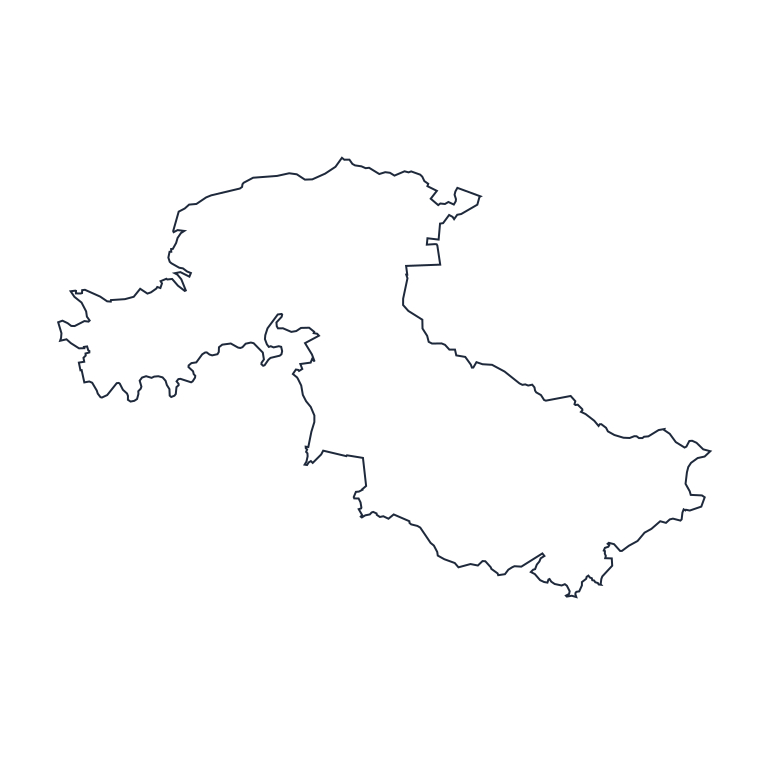 the district of Fantanele, Mures, Romania, rotated 355°
{"feature_id": "2599482B76650744260524", "entity_name": "Fantanele", "entity_type": "district", "adm_level": 2, "iso_a3": "ROU", "parent_name": "Romania", "parent_adm1": "Mures", "projection": "natural_earth1", "projection_center": [24.794, 46.398], "detail": "fine", "context": "isolated", "style": "outline", "palette": "slate", "viewbox_px": 768, "rotation_deg": 355, "n_neighbors": 0, "source": "geoboundaries", "source_scale": "gbopen_adm2", "svg_char_len": 6122}
<svg xmlns="http://www.w3.org/2000/svg" viewBox="0 0 768 768"><g transform="rotate(355 384 384)"><path d="M582.8,602.9L582.4,602.3L583.5,597.2L584.7,594.7L595.5,584.9L595.7,577.6L589.2,576.8L590.0,574.6L589.2,572.3L589.5,569.7L588.4,569.1L589.8,566.5L593.3,565.7L594.4,564.1L592.9,562.7L594.1,561.8L599.2,563.6L604.7,570.9L606.5,571.0L613.8,566.5L622.9,562.5L630.6,554.8L637.8,551.6L647.2,544.8L652.8,546.9L656.9,543.8L660.1,543.3L667.4,545.9L668.7,544.8L670.1,538.1L671.6,535.0L673.2,536.2L673.8,535.6L677.6,536.7L689.4,533.8L693.6,524.8L691.0,522.7L679.9,521.2L679.2,517.5L675.7,509.7L678.1,498.3L679.9,493.2L683.0,489.3L690.0,485.1L697.1,484.2L703.2,479.4L696.3,476.9L690.2,469.8L686.0,467.4L683.2,467.4L679.8,472.7L677.9,473.5L669.6,467.3L664.3,458.5L659.1,454.3L659.5,453.3L653.6,453.8L642.8,459.2L638.5,459.2L636.7,460.4L633.3,460.1L631.1,458.1L628.8,457.8L624.0,459.2L617.9,458.4L609.1,454.9L602.9,450.7L601.4,447.0L597.0,443.0L595.4,442.9L594.1,444.5L590.3,439.0L582.2,431.5L577.8,428.9L579.4,427.4L579.3,426.3L575.2,421.5L572.9,421.6L572.0,420.7L573.1,417.8L568.9,412.2L543.8,414.7L542.1,413.9L539.4,408.7L534.9,405.6L533.9,403.7L533.6,400.5L531.6,397.6L527.5,398.1L524.7,396.7L521.8,396.9L519.0,395.2L505.2,382.1L493.3,374.3L483.9,372.9L478.0,370.3L474.4,375.4L473.0,375.3L472.2,372.3L467.3,364.1L458.5,361.8L457.7,355.9L452.1,355.4L448.2,350.3L444.9,348.6L435.4,347.9L432.2,345.9L431.2,339.8L427.2,332.1L427.8,323.3L414.6,313.3L409.9,307.0L410.5,300.7L416.6,280.7L415.7,277.0L416.7,277.1L416.3,268.3L450.4,270.0L449.2,250.7L448.6,249.4L447.0,249.1L438.8,248.9L440.0,242.6L451.0,244.9L453.8,229.1L456.9,228.9L463.6,221.3L466.9,223.5L468.2,225.9L471.7,221.8L475.7,221.4L492.6,213.5L495.4,206.0L496.5,205.5L474.2,195.0L471.9,198.4L470.8,201.6L471.8,206.1L471.4,208.2L469.2,211.3L464.0,208.3L460.4,210.0L455.8,209.1L453.6,210.5L446.7,203.5L453.5,196.2L444.5,190.7L445.5,188.4L441.9,185.4L440.2,180.8L438.3,178.6L429.6,174.6L426.9,175.3L423.0,173.9L412.6,177.3L408.3,174.1L403.7,173.1L397.6,174.4L388.0,167.3L384.5,167.4L380.5,165.2L374.2,163.7L371.7,162.0L369.1,157.5L364.0,157.1L361.8,155.0L354.6,163.4L343.7,169.3L330.4,173.9L323.0,173.5L315.4,167.5L307.9,165.8L295.6,167.4L271.6,167.1L261.7,171.3L260.4,172.7L259.8,175.3L257.5,176.7L228.3,181.0L223.1,182.6L212.8,188.3L205.5,188.3L200.8,191.8L194.5,194.4L187.3,213.3L187.7,214.4L191.8,212.7L198.4,214.1L194.8,216.0L191.1,220.5L189.2,225.4L185.4,231.0L183.7,231.0L183.6,233.7L181.9,233.6L180.2,239.3L181.2,243.6L182.7,245.2L190.1,250.3L193.8,251.3L197.7,254.8L201.3,256.6L199.5,260.1L190.9,254.8L185.2,255.4L187.7,257.0L191.2,262.0L194.7,273.5L193.6,273.9L187.3,268.1L182.1,260.9L177.2,261.0L176.4,260.2L170.4,262.1L171.6,264.4L169.6,268.9L166.6,267.6L165.5,269.1L159.8,272.4L156.2,273.3L149.4,267.9L142.3,275.3L133.3,276.9L119.3,276.6L119.0,278.1L115.4,277.5L108.9,272.2L94.3,264.1L91.5,264.2L91.1,267.1L89.7,267.4L85.0,266.9L85.3,264.4L84.7,264.1L79.9,264.3L83.2,270.2L89.8,276.5L93.6,285.7L93.9,291.0L96.3,295.1L95.1,296.1L91.0,295.2L80.9,299.3L77.5,298.9L74.1,295.8L69.2,292.9L64.8,294.1L67.1,305.3L66.3,310.0L65.1,312.7L71.6,311.8L75.6,316.0L83.3,321.9L88.5,322.2L88.3,320.9L91.5,320.7L92.3,324.6L93.4,325.5L93.2,326.9L89.3,327.6L89.3,329.7L86.9,331.7L87.3,335.7L81.9,336.1L82.8,343.9L84.0,343.8L85.6,356.3L90.6,355.8L93.4,357.3L97.3,365.5L98.0,368.6L100.4,372.4L101.8,372.9L107.3,370.9L117.8,359.9L119.8,359.8L120.8,360.6L123.4,367.0L127.2,371.1L127.9,373.6L127.5,377.4L130.0,379.4L133.8,379.0L136.7,377.4L138.5,372.5L138.6,369.8L141.2,367.5L142.1,365.5L140.9,359.4L143.5,356.5L147.7,355.5L153.0,357.6L155.7,356.6L159.9,356.6L164.0,358.1L166.7,361.8L167.6,366.1L169.8,370.4L169.5,376.9L170.9,378.4L174.2,377.4L175.7,375.8L177.0,369.0L179.3,367.3L179.4,366.0L177.6,363.3L179.6,361.2L181.6,361.1L192.0,365.5L193.6,364.7L196.3,361.2L196.7,359.4L195.3,357.6L194.9,354.7L190.7,350.1L191.0,348.5L194.0,346.4L198.9,346.1L205.5,338.6L208.6,337.0L210.2,337.1L212.7,339.4L215.3,340.5L220.7,339.8L222.2,337.7L222.8,333.0L226.3,330.7L234.9,330.3L241.8,335.0L244.0,335.6L246.2,335.0L249.7,331.8L255.0,331.1L257.7,332.0L266.0,342.1L266.5,349.1L263.9,352.1L263.6,353.6L265.2,355.3L266.7,354.9L270.9,349.8L273.2,348.1L282.6,346.7L284.4,345.5L285.4,342.4L284.8,338.0L282.5,337.2L277.2,337.9L274.5,336.5L272.5,337.0L270.8,334.3L269.3,328.9L270.0,325.0L272.8,318.4L284.2,305.5L288.1,305.3L288.6,306.0L287.9,308.1L282.2,313.3L282.2,317.1L283.2,319.3L288.2,319.7L296.2,324.0L301.2,323.6L306.2,320.9L314.3,321.4L319.0,325.9L318.4,327.2L321.8,328.1L323.4,330.2L308.9,336.4L314.8,348.3L316.8,355.5L314.5,352.9L312.8,356.3L302.4,356.8L303.9,361.9L300.5,363.6L299.8,362.5L297.5,361.9L294.1,366.1L298.0,369.9L298.8,371.6L301.4,378.3L302.2,387.8L304.9,394.4L309.0,400.4L311.9,409.3L311.3,415.8L307.5,425.2L303.1,440.2L300.5,439.6L300.5,441.2L301.7,442.5L300.5,444.8L301.7,446.4L301.6,449.4L300.0,454.5L297.9,457.4L300.3,458.0L302.1,455.6L304.4,454.4L306.1,456.4L315.3,448.7L317.6,445.1L340.2,452.6L340.9,451.8L356.6,455.8L357.3,484.0L353.1,487.0L353.3,487.5L349.6,489.0L346.6,489.0L344.0,494.0L344.4,495.4L348.7,495.8L350.3,499.9L350.7,505.1L350.4,505.9L347.9,506.5L350.8,512.7L349.3,514.1L350.3,515.0L353.9,513.2L358.5,512.7L360.5,510.9L362.1,510.5L365.3,512.3L365.4,513.7L368.3,516.1L371.8,515.7L376.7,518.6L382.3,514.8L397.3,522.9L397.3,524.6L398.8,526.2L404.9,528.3L407.6,530.2L416.6,546.4L419.6,549.3L422.4,556.0L422.6,559.6L428.8,563.8L438.9,568.5L442.2,573.1L454.5,570.9L461.7,573.0L466.7,569.0L469.5,569.4L474.4,575.9L474.8,577.5L480.7,582.6L481.1,584.4L487.9,584.0L491.7,579.8L495.8,577.7L498.1,576.9L504.9,577.9L527.0,566.6L528.8,569.3L524.9,571.3L523.3,574.4L520.5,577.2L518.4,581.6L516.4,582.0L513.9,584.1L517.7,586.5L522.4,593.0L526.2,595.2L529.5,596.1L530.8,593.1L531.9,592.7L533.4,595.5L536.6,598.1L543.4,600.2L546.7,599.2L548.6,600.9L550.9,606.6L550.1,609.3L546.8,610.7L547.6,611.7L552.6,611.3L557.0,613.0L556.3,610.0L556.7,608.6L557.6,607.8L560.4,607.6L563.6,601.9L563.9,598.6L568.4,595.7L569.1,593.7L570.9,592.7L572.3,594.8L574.1,595.6L574.4,597.6L576.2,598.1L577.2,599.9L579.7,600.9L580.4,602.4L582.8,602.9Z" fill="none" stroke="#1e293b" stroke-width="2"/></g></svg>